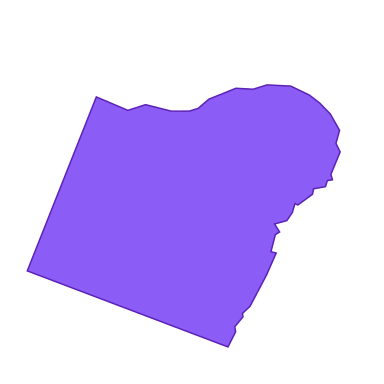 outline of Callaway, Missouri, United States of America, rotated 200°
{"feature_id": "52423323B83967641525386", "entity_name": "Callaway", "entity_type": "district", "adm_level": 2, "iso_a3": "USA", "parent_name": "United States of America", "parent_adm1": "Missouri", "projection": "robinson", "projection_center": [-92.074, 38.811], "detail": "fine", "context": "isolated", "style": "filled", "palette": "violet", "viewbox_px": 384, "rotation_deg": 200, "n_neighbors": 0, "source": "geoboundaries", "source_scale": "gbopen_adm2", "svg_char_len": 647}
<svg xmlns="http://www.w3.org/2000/svg" viewBox="0 0 384 384"><g transform="rotate(200 192 192)"><path d="M114.2,58.8L105.2,58.7L103.2,75.5L105.7,80.1L101.4,92.1L103.0,95.2L98.4,104.4L93.6,139.3L92.0,163.4L97.4,162.9L99.1,180.5L96.0,184.4L103.5,190.2L93.1,197.5L90.7,207.0L91.3,216.3L88.1,216.0L78.0,231.1L78.8,236.6L68.4,242.7L68.7,249.0L64.2,251.5L67.5,256.1L66.5,280.3L73.4,287.0L74.4,300.4L88.7,312.6L102.3,319.2L114.7,323.2L135.4,325.3L158.1,318.3L169.7,309.5L186.2,304.5L207.9,285.0L214.9,272.6L222.2,267.1L239.1,260.9L265.5,258.2L280.2,246.8L314.4,248.6L319.8,61.5L114.2,58.8Z" fill="#8b5cf6" stroke="#5b21b6" stroke-width="1.5"/></g></svg>